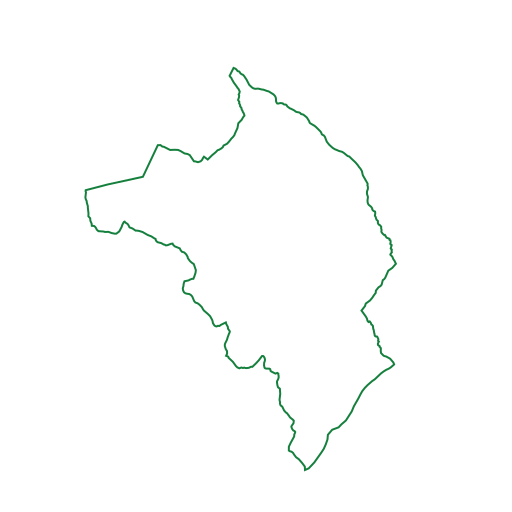 La Caldera, Salta, Argentina, rotated 217°
{"feature_id": "61730980B48775712926369", "entity_name": "La Caldera", "entity_type": "district", "adm_level": 2, "iso_a3": "ARG", "parent_name": "Argentina", "parent_adm1": "Salta", "projection": "natural_earth1", "projection_center": [-65.462, -24.55], "detail": "fine", "context": "isolated", "style": "outline", "palette": "green", "viewbox_px": 512, "rotation_deg": 217, "n_neighbors": 0, "source": "geoboundaries", "source_scale": "gbopen_adm2", "svg_char_len": 6128}
<svg xmlns="http://www.w3.org/2000/svg" viewBox="0 0 512 512"><g transform="rotate(217 256 256)"><path d="M293.6,184.7L291.7,183.7L290.0,183.7L288.3,184.4L286.5,185.4L284.8,185.7L282.6,185.3L278.1,182.7L276.3,182.4L274.2,183.1L271.9,183.1L268.6,182.6L266.1,181.5L264.8,181.1L259.1,180.7L256.4,180.3L252.8,178.7L251.4,177.8L250.1,176.5L247.5,175.5L246.3,175.5L245.1,176.0L244.4,177.3L243.1,178.1L242.6,179.9L240.1,184.8L238.7,183.7L235.9,182.5L234.6,181.1L231.6,180.1L231.0,178.9L230.8,177.6L230.2,175.8L229.8,174.3L228.8,171.7L228.0,167.5L227.4,166.2L226.7,165.3L224.2,163.5L221.9,162.6L220.3,160.6L219.8,158.3L217.6,158.9L216.6,158.2L210.9,157.6L205.6,156.0L203.8,155.8L201.7,156.3L200.6,158.1L199.0,158.7L198.2,159.8L197.1,160.1L196.0,160.9L194.4,162.4L193.3,164.6L192.2,165.3L191.4,170.3L191.0,174.3L191.0,179.7L190.2,180.4L189.3,180.4L187.7,179.7L186.4,178.6L185.9,177.7L185.2,175.6L183.7,173.4L181.9,171.9L181.2,171.8L180.1,172.2L177.5,174.1L176.6,174.2L175.2,173.0L174.0,173.0L169.7,173.8L168.6,175.5L167.4,175.5L167.0,174.9L165.9,174.0L164.8,172.6L164.2,171.1L163.8,168.6L163.0,167.5L161.3,165.8L159.4,164.4L157.1,164.4L153.7,160.5L150.6,155.2L148.8,153.7L148.0,152.5L146.5,151.5L144.4,151.5L140.5,149.5L137.8,149.0L136.4,149.1L134.7,148.5L134.0,148.4L132.1,147.7L130.9,147.5L128.3,147.5L126.7,147.2L125.4,145.0L125.3,141.8L125.0,140.9L123.2,139.7L121.3,139.1L119.9,139.4L118.8,139.1L118.6,138.8L117.9,136.3L116.9,134.8L115.9,127.9L115.0,123.5L112.7,120.4L111.3,120.5L109.9,121.1L108.1,121.1L105.7,120.2L102.8,119.4L99.6,119.5L94.4,118.4L90.3,117.2L88.1,114.6L86.1,118.1L85.2,126.2L85.5,137.7L85.8,142.7L86.9,147.5L88.5,152.5L91.0,156.5L90.6,163.1L86.9,168.9L86.5,172.8L85.2,178.7L86.0,189.5L87.4,194.9L88.5,203.7L89.3,208.2L89.8,212.0L89.7,216.3L89.2,220.1L88.0,225.8L86.9,229.1L85.5,237.5L84.6,240.6L83.5,243.5L82.2,245.8L81.3,248.3L80.4,252.5L82.1,253.6L87.0,254.7L91.5,254.1L93.4,253.3L94.4,253.2L97.4,253.7L97.8,253.8L99.2,255.2L100.8,257.5L102.7,257.9L102.9,258.3L103.2,258.5L104.8,258.3L105.3,258.6L105.7,259.1L106.0,259.6L106.4,261.6L107.3,261.6L107.5,261.8L108.2,263.2L110.6,264.5L111.0,264.5L111.9,263.8L112.6,263.7L113.8,264.3L114.4,265.1L115.2,265.6L117.4,267.7L118.3,268.2L120.7,270.6L121.9,270.8L122.6,270.7L123.0,270.9L123.5,271.4L125.6,272.2L126.1,272.0L126.1,271.3L126.3,271.0L127.6,271.2L128.3,271.6L129.6,272.7L131.7,273.7L138.9,275.9L138.8,281.5L139.7,284.1L138.2,289.0L138.0,292.5L138.2,295.7L138.2,298.6L139.4,300.5L139.3,304.7L138.5,306.9L138.4,308.7L140.2,313.0L139.7,314.6L139.7,316.4L141.5,323.9L140.0,328.5L139.6,334.0L142.7,335.6L144.2,336.0L146.8,337.5L149.5,337.9L149.8,338.8L149.7,340.7L150.8,341.6L151.2,342.7L151.8,343.0L152.7,342.9L153.0,343.1L154.1,346.2L154.4,346.5L154.7,346.5L155.2,346.2L155.7,346.3L156.2,346.7L156.7,347.9L157.3,348.7L158.1,349.4L158.8,349.2L159.2,349.3L159.7,350.0L160.1,350.0L162.5,349.3L163.0,349.3L165.3,350.3L165.7,350.4L166.0,349.9L166.5,349.9L168.5,350.1L170.1,350.6L170.7,351.1L171.4,352.4L172.7,353.4L173.7,354.8L175.9,355.2L176.3,355.0L176.7,355.0L177.9,355.3L178.8,356.0L179.1,356.6L179.7,357.3L181.8,357.6L184.1,359.3L185.3,359.7L186.4,361.8L187.6,363.1L188.0,363.1L189.0,362.7L190.5,362.9L191.1,363.1L191.8,363.9L193.1,364.4L193.8,364.6L196.6,364.7L197.4,364.9L198.3,365.4L199.4,366.3L200.4,367.5L202.1,370.5L204.5,372.2L205.3,373.0L206.3,374.6L206.9,376.6L207.4,377.5L208.7,379.0L209.5,379.4L210.1,380.6L210.5,381.0L219.3,384.8L222.5,387.5L225.1,388.6L227.3,389.1L229.3,389.8L232.9,390.6L238.4,391.2L241.3,391.6L243.0,391.0L248.0,391.2L250.0,391.0L253.0,389.8L255.6,389.2L257.3,388.7L260.0,388.5L264.5,388.9L268.3,389.9L272.8,392.7L274.5,393.1L275.9,392.8L276.7,392.8L277.7,393.5L279.2,394.2L285.5,395.1L287.6,395.2L292.7,394.6L293.7,394.9L294.5,395.6L298.7,397.2L300.0,397.3L303.2,397.4L305.6,396.5L306.7,396.8L308.0,396.6L309.9,395.6L311.3,395.2L312.9,395.3L316.5,394.7L317.8,394.3L321.0,394.3L322.1,394.8L323.2,394.9L324.9,393.9L325.5,393.8L326.5,394.0L328.6,392.8L330.1,391.0L330.8,390.6L331.7,390.8L332.8,391.4L333.6,392.2L334.3,393.2L335.7,394.5L337.1,395.2L339.3,395.6L344.9,395.1L346.6,394.4L350.2,393.3L351.5,392.5L355.0,391.0L357.3,389.0L359.1,388.3L360.8,388.2L364.4,388.6L369.8,391.2L373.9,392.6L375.5,392.9L376.8,392.5L378.4,392.5L379.5,393.0L380.5,393.2L381.6,392.7L382.4,392.7L383.6,393.1L385.2,393.2L387.1,392.7L385.5,384.0L384.5,383.6L383.5,383.5L382.5,383.2L381.8,382.7L378.0,381.1L373.3,379.7L372.1,379.2L370.8,379.0L368.0,377.6L367.2,375.8L367.0,374.5L365.9,373.9L365.1,372.5L364.2,369.8L362.0,369.0L361.4,367.8L360.3,367.4L359.2,366.7L358.8,366.0L356.8,365.5L355.5,364.3L354.3,363.9L353.2,363.1L351.9,362.7L350.9,362.1L349.7,361.1L349.8,359.0L349.4,356.2L350.0,351.4L347.8,347.0L346.5,341.1L346.0,339.5L346.0,337.1L346.3,335.2L346.4,330.8L346.7,328.1L348.4,324.7L348.0,323.0L348.4,321.1L349.3,318.9L350.3,317.4L350.7,314.3L351.7,310.2L352.6,304.0L357.3,304.0L357.3,302.4L356.9,300.3L357.2,298.3L358.8,296.0L361.2,295.1L362.6,294.3L369.6,296.7L372.0,296.3L374.8,294.9L379.5,294.4L382.1,293.8L385.0,291.8L388.4,289.0L395.2,287.8L396.8,287.0L399.0,287.1L401.1,285.4L394.0,251.2L417.3,224.1L431.6,206.1L431.1,205.2L430.1,204.5L427.5,200.1L426.1,198.9L424.5,198.1L423.0,196.6L420.3,194.6L419.3,193.3L415.5,189.3L413.7,186.8L411.2,186.4L409.4,184.4L406.7,182.9L405.3,181.3L403.5,182.5L402.1,182.5L400.5,182.0L399.0,181.2L396.8,181.0L392.3,183.9L391.3,184.2L388.3,186.5L385.0,187.5L382.1,188.9L381.0,189.8L380.0,193.3L380.8,198.4L381.5,200.4L381.9,202.6L382.0,203.7L381.6,204.4L380.5,204.1L377.8,204.3L376.3,203.8L374.4,202.8L373.8,202.8L372.2,203.4L370.7,203.7L367.5,203.8L366.4,204.6L364.6,205.6L361.0,206.9L355.2,207.6L351.3,208.7L347.8,208.9L346.5,209.2L345.5,208.3L344.4,207.9L342.9,207.8L339.3,209.3L336.7,209.6L335.8,210.1L334.4,210.2L333.1,211.5L331.3,214.5L330.1,215.7L329.0,215.1L326.7,214.8L321.5,216.2L319.7,215.3L317.7,214.8L315.7,215.6L315.0,215.6L312.7,215.3L310.1,214.2L309.2,213.3L305.7,212.2L303.5,212.0L300.8,212.1L295.5,208.5L294.1,206.0L292.9,202.4L292.3,200.1L293.3,199.3L294.3,197.8L295.2,195.9L297.9,192.8L297.1,190.4L295.9,188.4L295.0,186.1L293.6,184.7Z" fill="none" stroke="#15803d" stroke-width="2"/></g></svg>